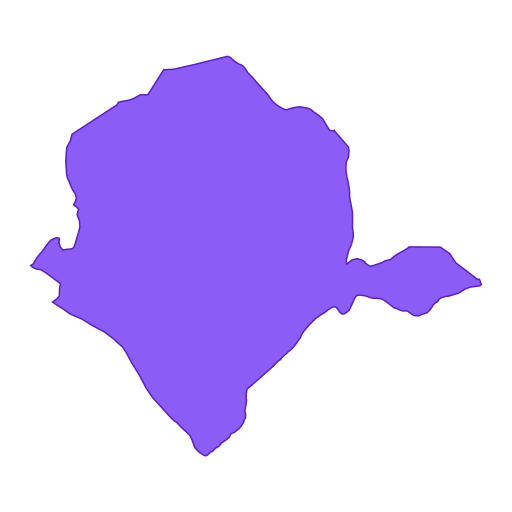 outline of Corinth, Gros Islet, Saint Lucia
{"feature_id": "8701671B63390184751595", "entity_name": "Corinth", "entity_type": "district", "adm_level": 2, "iso_a3": "LCA", "parent_name": "Saint Lucia", "parent_adm1": "Gros Islet", "projection": "natural_earth1", "projection_center": [-60.96, 14.047], "detail": "fine", "context": "isolated", "style": "filled", "palette": "violet", "viewbox_px": 512, "rotation_deg": 0, "n_neighbors": 0, "source": "geoboundaries", "source_scale": "gbopen_adm2", "svg_char_len": 5942}
<svg xmlns="http://www.w3.org/2000/svg" viewBox="0 0 512 512"><path d="M163.7,69.7L147.8,94.8L140.2,94.8L135.0,97.8L133.5,98.5L129.6,100.0L128.0,100.4L125.8,100.8L124.3,101.0L121.9,101.4L118.3,102.3L117.2,104.7L72.0,134.3L71.6,136.1L71.4,136.7L70.6,140.2L70.1,141.4L69.4,142.5L67.7,145.8L66.8,147.3L66.4,151.3L66.2,154.3L66.2,155.0L65.8,161.5L65.9,164.5L66.5,170.9L66.4,171.6L66.4,172.2L66.6,173.8L66.9,174.7L67.2,177.4L68.2,179.6L69.2,181.7L71.2,186.8L71.6,187.7L72.0,188.7L72.8,190.1L73.0,190.4L75.1,193.7L75.3,194.1L75.6,194.7L76.0,196.2L76.3,198.0L76.3,198.7L75.8,199.8L75.6,200.5L74.9,202.3L73.9,204.2L73.8,204.8L74.0,205.2L74.3,205.5L74.8,205.8L76.3,206.9L76.5,207.1L77.5,208.2L78.1,208.7L78.4,209.2L78.4,209.9L77.6,212.0L77.5,212.8L77.2,213.8L77.2,214.9L77.5,215.7L77.6,216.4L79.5,221.0L79.9,227.2L79.0,230.3L78.6,232.2L77.5,235.9L76.7,238.6L74.6,245.5L74.3,246.3L73.9,247.0L73.4,247.6L72.9,248.3L71.9,248.7L70.6,249.0L68.1,249.2L64.3,249.7L63.4,249.8L62.8,250.2L62.3,249.5L61.7,248.6L61.2,248.0L60.5,247.2L59.9,246.2L59.7,245.3L59.3,244.0L59.2,243.1L59.1,241.8L59.2,240.8L59.5,239.4L59.4,238.6L58.8,238.1L57.5,237.7L56.2,237.8L55.1,238.1L53.9,238.8L53.0,239.3L52.2,239.4L51.2,239.9L50.2,240.9L49.4,241.7L47.7,243.7L46.1,245.9L45.2,247.1L44.4,248.3L43.6,249.5L43.2,250.0L42.7,250.7L42.2,251.4L41.3,252.5L40.6,253.2L40.0,253.8L39.1,254.9L38.0,256.3L36.9,257.8L34.4,261.8L33.8,263.0L33.6,263.7L30.7,265.5L31.6,266.3L32.3,267.1L34.5,268.3L36.5,269.1L38.7,269.4L40.2,269.6L41.9,270.3L43.2,271.1L45.6,272.7L47.6,274.1L50.4,276.1L53.5,278.5L55.4,279.9L57.9,281.7L60.5,283.7L59.5,288.8L59.3,296.0L56.6,299.1L52.5,302.0L53.4,302.6L57.2,305.3L62.6,308.6L70.3,314.1L82.0,319.1L92.4,325.6L104.8,332.2L113.5,338.8L117.0,342.1L119.8,344.6L122.4,346.8L125.9,352.0L132.0,363.3L139.8,375.9L146.1,388.0L152.4,397.3L171.3,418.2L172.4,419.2L173.3,420.1L174.5,421.1L176.8,422.5L178.6,424.4L180.5,426.4L181.4,427.4L182.4,428.3L184.9,430.7L186.3,431.8L188.2,433.9L189.0,434.6L189.6,435.3L190.2,436.0L190.7,436.9L191.5,438.6L191.9,439.7L192.9,442.2L193.4,443.9L193.7,444.7L194.5,446.7L194.8,447.5L195.9,448.7L196.6,449.7L197.7,450.8L199.6,452.5L200.7,453.2L201.7,453.9L202.7,454.6L204.1,455.4L205.0,455.7L205.7,455.7L206.6,455.5L207.2,455.1L208.7,454.1L209.2,453.1L210.6,452.1L211.5,451.7L212.7,451.2L213.2,450.8L213.7,450.0L214.7,449.1L215.6,448.2L217.8,446.9L218.9,446.2L219.7,445.5L220.9,443.8L221.3,442.9L222.8,442.2L223.5,441.6L225.0,440.7L227.2,439.1L227.7,438.4L228.9,437.7L230.3,435.1L230.7,434.3L231.1,433.9L232.0,433.2L234.7,432.2L235.6,431.4L236.8,430.4L237.6,429.8L238.8,428.9L239.8,427.8L240.8,426.8L242.7,423.9L243.6,422.0L244.0,421.3L244.1,419.8L245.0,418.6L245.3,417.8L245.6,416.7L245.6,416.0L245.6,415.0L245.6,413.9L245.4,412.7L245.0,411.4L244.9,410.1L245.2,408.5L245.5,407.4L245.7,406.3L246.3,402.5L246.5,399.8L246.2,398.4L246.1,396.5L246.2,395.0L246.3,393.6L246.5,392.4L246.6,391.3L246.9,390.2L247.1,389.2L274.4,365.2L274.1,364.9L278.6,360.7L280.3,359.7L280.7,359.6L280.4,359.0L281.8,357.7L282.6,357.1L283.0,356.6L283.6,355.9L284.5,355.0L285.5,354.3L286.6,353.4L287.1,353.0L288.1,351.9L289.0,351.2L290.1,350.4L291.3,349.3L293.3,347.3L293.9,346.6L294.7,345.5L295.6,344.4L296.5,343.2L298.1,340.7L298.8,339.8L299.6,338.7L300.6,337.1L301.7,334.5L302.1,333.9L303.7,331.4L309.3,324.8L312.2,321.9L315.6,318.6L320.4,315.1L324.9,312.3L328.7,309.4L332.6,307.1L334.4,306.8L335.6,306.9L337.3,308.6L339.5,311.7L341.0,313.4L342.6,314.1L344.5,313.7L346.7,312.3L349.1,310.3L353.2,301.8L355.0,297.7L356.9,295.4L359.9,295.1L364.9,295.8L368.3,296.8L371.6,298.0L374.1,298.3L379.1,298.5L382.6,299.2L385.2,301.1L388.7,303.6L391.7,306.0L394.2,307.9L396.7,308.4L399.9,310.1L403.1,311.0L406.2,310.8L408.1,311.5L410.7,313.5L412.6,314.7L414.1,315.6L417.6,315.9L419.5,315.6L422.2,314.2L424.7,313.5L427.2,312.7L429.5,310.3L431.7,307.6L433.2,305.0L434.6,303.6L437.7,301.4L439.2,299.2L440.9,297.8L443.0,297.3L444.8,296.6L447.0,296.3L448.8,296.1L450.0,295.6L451.9,295.3L454.0,294.4L456.7,293.7L458.1,293.4L461.5,291.2L465.0,289.1L470.2,287.1L477.4,286.2L479.4,285.9L481.0,285.0L481.3,284.6L479.5,279.3L477.4,279.3L455.6,262.6L449.6,253.4L447.3,252.0L440.4,247.1L409.1,246.9L407.4,248.4L402.1,251.6L398.3,253.6L394.9,255.9L393.7,256.7L390.5,259.5L384.9,260.9L381.4,262.9L370.9,266.3L368.5,265.4L365.0,262.9L365.1,262.1L363.6,261.1L361.6,259.9L358.8,259.2L357.2,258.7L353.8,259.4L351.9,260.0L350.0,261.5L346.8,264.1L346.2,260.7L346.4,259.9L347.4,255.5L348.8,250.3L351.0,245.6L352.2,241.6L352.6,240.0L353.2,237.6L353.4,236.1L353.2,233.1L352.5,228.5L352.5,225.5L352.5,220.1L352.5,212.7L351.6,207.5L350.1,199.9L349.7,198.1L349.6,196.5L349.6,194.8L349.6,192.5L349.3,189.7L348.8,186.3L348.3,183.2L347.8,180.2L347.2,178.4L347.0,177.4L346.9,176.9L346.2,172.1L345.9,169.4L345.9,167.6L346.0,166.4L346.2,162.7L346.7,161.0L347.4,159.5L348.4,157.3L348.7,155.4L348.7,154.2L349.0,150.4L348.7,149.1L348.5,147.1L334.5,131.0L334.4,130.3L333.3,130.9L332.6,131.0L329.6,130.3L328.6,128.8L327.6,127.0L326.8,125.9L326.3,124.9L323.4,120.0L322.8,119.0L321.1,117.2L322.4,118.6L319.2,115.8L317.5,114.6L313.8,112.0L310.8,109.5L310.4,109.2L307.4,108.1L307.1,108.0L306.8,108.0L304.8,107.7L304.0,107.5L303.5,107.4L302.9,107.3L300.1,106.9L298.7,106.9L295.9,107.3L291.2,108.3L289.6,108.7L288.5,109.1L287.8,109.5L286.7,109.7L286.0,109.6L284.5,109.3L282.9,108.7L278.4,106.1L273.4,102.2L271.4,99.7L270.9,99.1L270.3,98.3L269.9,97.6L269.1,96.5L268.2,95.2L267.4,94.3L266.3,92.9L265.8,92.5L265.2,91.7L264.3,90.7L263.7,90.0L263.5,89.8L263.2,89.6L262.1,88.3L261.1,87.2L260.4,86.4L260.2,86.1L259.5,85.6L258.9,84.9L258.3,84.1L258.1,83.7L257.8,83.4L256.8,82.4L256.0,81.6L255.4,80.9L255.0,80.4L254.3,79.5L253.9,79.1L253.6,78.7L252.5,77.3L251.4,76.4L250.8,75.8L250.2,75.1L248.0,72.9L247.4,72.0L246.7,70.9L246.1,69.9L244.3,67.4L242.3,65.5L241.3,64.9L240.5,64.6L239.1,64.2L235.3,61.7L235.0,61.6L230.7,57.7L227.5,56.3L220.3,58.1L194.1,64.6L173.4,69.3L163.7,69.7Z" fill="#8b5cf6" stroke="#5b21b6" stroke-width="1.5"/></svg>